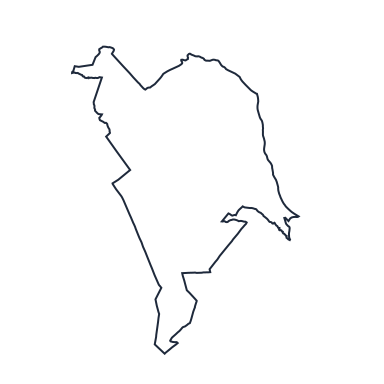 outline of Kinangop, Central, Kenya, rotated 352°
{"feature_id": "3690345B46347977633631", "entity_name": "Kinangop", "entity_type": "district", "adm_level": 2, "iso_a3": "KEN", "parent_name": "Kenya", "parent_adm1": "Central", "projection": "orthographic", "projection_center": [36.624, -0.731], "detail": "fine", "context": "isolated", "style": "outline", "palette": "slate", "viewbox_px": 384, "rotation_deg": 352, "n_neighbors": 0, "source": "geoboundaries", "source_scale": "gbopen_adm2", "svg_char_len": 5977}
<svg xmlns="http://www.w3.org/2000/svg" viewBox="0 0 384 384"><g transform="rotate(352 192 192)"><path d="M269.3,162.5L269.2,161.1L269.3,159.7L269.7,158.1L270.6,155.1L270.9,153.6L271.0,152.1L270.7,149.0L270.2,146.3L270.2,145.1L270.7,141.7L270.8,140.3L271.2,139.0L271.3,136.8L271.5,135.6L271.4,133.3L271.2,131.5L270.5,129.8L270.1,129.2L269.6,127.6L268.9,122.9L268.5,119.9L268.5,118.4L268.7,116.7L269.0,115.3L270.2,111.6L270.4,109.1L270.4,107.1L270.0,103.8L269.4,103.6L266.0,100.8L264.7,99.6L264.2,99.0L260.0,93.4L257.4,89.7L256.7,88.5L256.0,87.1L255.5,85.6L255.2,84.7L254.7,84.2L251.3,80.8L244.6,76.4L242.8,75.0L242.3,74.0L241.7,73.2L240.9,72.5L240.0,72.1L239.4,71.5L238.4,70.0L238.1,69.2L237.5,67.8L236.6,66.0L236.0,65.4L235.4,65.2L233.9,64.8L233.1,64.3L231.4,63.9L230.5,64.0L227.9,64.6L227.3,64.4L224.2,63.9L223.0,63.1L222.5,62.5L222.4,61.9L221.9,61.3L220.8,60.5L220.1,60.3L218.9,59.3L217.8,58.7L216.9,58.4L216.1,58.5L214.4,58.1L213.6,57.7L212.8,57.1L210.4,55.8L209.7,55.0L209.0,54.7L208.1,54.9L206.6,56.1L206.5,57.5L206.8,58.3L206.4,59.8L205.1,60.2L204.0,60.8L203.1,60.6L202.2,60.2L201.5,59.8L200.7,59.6L199.8,59.6L199.6,60.3L199.8,61.0L200.2,61.7L200.3,62.5L200.1,63.3L199.2,64.0L196.8,65.2L193.5,66.2L189.5,67.4L187.4,68.0L185.7,68.6L184.3,69.1L180.5,70.8L179.7,71.3L179.1,72.1L177.4,73.9L176.1,75.1L170.2,80.0L167.6,81.3L166.9,81.6L165.1,82.7L163.9,82.6L163.0,82.6L162.2,82.8L161.4,83.3L160.1,84.1L159.4,83.7L158.7,83.0L158.1,82.3L155.9,79.1L155.4,78.2L155.1,77.5L154.5,76.9L153.7,75.9L149.8,70.3L146.7,65.5L141.2,57.7L132.3,44.7L131.9,44.0L134.2,41.2L134.6,40.0L134.0,39.1L133.5,38.5L131.4,37.4L130.3,37.0L129.5,37.1L127.2,36.3L126.1,36.0L124.0,35.7L123.2,36.3L122.3,36.7L121.7,36.9L120.0,37.7L119.8,38.8L120.0,39.7L120.2,40.5L119.9,41.3L118.9,42.5L116.9,44.0L115.3,45.0L111.2,52.2L97.3,52.3L93.4,51.1L91.2,55.9L90.5,56.2L90.0,56.6L89.8,57.5L91.5,57.3L92.5,57.4L93.0,57.9L93.8,58.0L94.7,58.3L95.4,58.2L96.1,58.7L96.9,59.5L97.8,59.9L98.5,60.5L99.4,60.8L99.7,61.4L99.8,62.0L100.3,62.5L101.0,62.5L101.4,63.1L101.7,63.8L102.5,64.2L103.3,64.4L103.9,64.6L105.2,64.1L105.7,64.9L106.6,64.5L107.5,64.8L108.6,64.8L109.7,65.3L110.5,65.4L111.2,65.6L112.0,65.4L112.9,65.7L114.3,66.0L115.1,65.9L116.3,65.4L118.7,66.1L107.1,89.3L107.1,90.3L107.0,91.6L107.3,92.3L107.4,93.2L107.0,95.2L107.5,96.9L107.3,97.6L107.4,98.2L107.8,98.8L108.4,99.5L108.7,100.1L110.1,101.7L110.9,102.0L113.6,102.6L112.9,103.6L112.2,104.2L111.5,104.9L110.5,105.7L110.6,107.1L110.9,108.1L113.8,110.1L114.6,110.9L115.3,111.5L116.4,111.5L117.0,112.1L117.5,112.9L117.5,113.7L117.6,114.7L118.1,116.6L118.9,118.3L119.0,119.3L118.8,120.7L119.0,121.5L118.9,122.2L114.7,125.2L122.7,140.7L133.8,161.6L120.7,169.6L114.5,172.4L114.6,173.1L117.2,178.7L121.4,186.2L122.0,187.6L123.0,190.6L127.1,205.7L128.0,208.7L129.5,214.4L130.1,216.2L130.8,218.7L131.1,220.4L132.8,227.3L133.6,230.4L135.0,234.8L135.9,239.5L137.4,244.7L138.8,250.5L140.8,258.6L141.7,262.0L143.4,269.2L144.7,273.8L146.2,279.1L146.6,279.9L147.2,280.7L148.3,282.6L140.9,293.2L141.3,299.7L142.1,306.1L142.5,308.2L141.3,312.1L140.3,316.0L136.7,328.6L136.3,330.5L133.9,337.7L142.4,348.3L143.3,347.6L148.4,344.5L150.6,343.1L152.8,341.9L154.9,340.8L156.8,339.6L156.0,338.6L155.3,338.4L154.5,338.4L153.6,338.2L152.0,337.8L150.7,337.2L150.1,337.0L149.7,336.3L150.2,335.5L151.8,333.5L152.5,333.0L156.0,330.7L158.4,329.0L160.2,327.9L161.9,326.5L163.2,325.3L163.9,324.7L164.5,324.5L166.5,324.1L168.9,322.8L170.1,322.0L171.6,321.6L172.8,319.4L173.8,317.2L174.5,315.6L176.6,310.7L178.3,307.5L178.8,306.8L178.9,306.0L180.5,302.6L181.3,301.1L181.5,300.3L181.0,299.6L180.5,298.8L176.3,292.7L175.4,291.4L173.2,288.6L172.3,281.2L172.2,280.3L172.0,278.6L171.2,273.7L171.0,271.0L177.9,271.6L182.3,272.1L183.8,272.2L185.1,272.7L187.6,273.0L190.5,273.3L192.2,273.2L196.7,273.8L198.9,273.9L198.8,272.7L198.7,270.9L205.3,264.5L207.7,262.4L210.6,259.1L221.2,249.3L224.7,246.2L226.0,244.7L231.5,239.8L235.8,235.4L237.4,234.1L239.2,232.5L241.1,231.0L241.9,229.8L240.9,228.9L240.2,228.7L239.4,228.6L237.1,227.6L236.0,227.4L234.2,227.4L233.2,226.6L232.1,226.0L231.0,225.5L230.2,225.2L228.8,224.9L227.2,225.2L226.2,225.2L224.4,225.8L223.2,226.6L222.3,226.7L221.1,226.3L220.4,225.6L219.7,225.3L218.3,225.5L217.5,225.3L225.1,218.3L226.2,219.0L227.2,219.9L227.9,220.6L228.6,221.0L230.7,220.7L231.5,220.7L232.2,221.1L233.9,218.6L234.7,217.6L235.4,216.8L236.2,216.1L239.3,214.0L240.2,213.3L241.4,214.2L242.1,214.6L246.6,215.8L247.5,216.0L248.2,216.0L249.3,216.3L250.8,216.9L251.6,217.4L252.7,217.7L253.4,218.3L253.7,219.0L254.4,220.1L255.2,220.9L255.9,221.5L257.2,222.2L257.7,222.9L259.0,224.3L259.4,225.2L259.5,225.8L260.2,226.4L262.0,228.3L262.7,229.1L263.4,230.2L264.3,231.9L264.7,232.4L265.8,232.7L266.6,233.2L267.2,234.3L267.8,234.6L269.3,233.9L269.7,234.4L270.0,235.4L270.9,237.0L271.7,237.6L272.0,238.2L272.2,239.2L272.7,239.7L273.6,239.8L273.5,240.6L273.0,241.2L273.2,241.9L273.8,242.2L274.5,242.1L275.2,242.5L275.5,243.3L276.4,244.0L276.1,244.7L276.6,245.7L277.6,246.2L277.8,246.9L278.5,247.4L278.9,248.5L279.6,248.8L279.4,249.5L279.2,250.4L280.2,251.5L280.8,252.3L282.1,253.2L282.5,252.6L282.1,251.8L281.9,250.1L282.2,246.8L282.4,246.0L282.6,245.3L282.9,244.5L283.2,243.4L283.7,241.3L283.6,240.3L283.1,239.6L282.5,239.2L282.0,238.5L281.0,237.1L280.7,236.3L280.5,235.3L280.3,233.5L279.8,230.6L280.8,230.5L281.4,231.3L282.6,233.0L283.5,234.2L284.3,233.3L285.5,231.9L287.1,231.1L288.8,230.9L290.7,231.0L291.6,231.2L292.7,231.4L293.6,231.3L294.2,231.0L293.7,230.6L290.3,227.8L288.1,225.8L287.0,224.6L284.7,221.8L282.9,219.4L281.9,217.4L281.5,216.8L281.1,216.0L280.2,213.7L278.9,209.5L278.7,208.3L278.1,205.9L277.8,203.6L277.7,202.3L277.8,200.5L278.0,199.4L277.9,198.2L277.3,193.6L277.0,192.5L276.9,191.8L275.6,188.8L274.7,186.3L274.7,185.6L274.9,184.7L274.9,183.8L274.8,180.4L274.7,179.5L274.9,177.3L274.7,176.5L274.4,175.5L273.8,174.1L272.0,171.3L271.7,170.7L271.4,169.8L271.1,166.9L270.7,165.7L270.2,164.8L269.8,164.2L269.3,162.5Z" fill="none" stroke="#1e293b" stroke-width="2"/></g></svg>